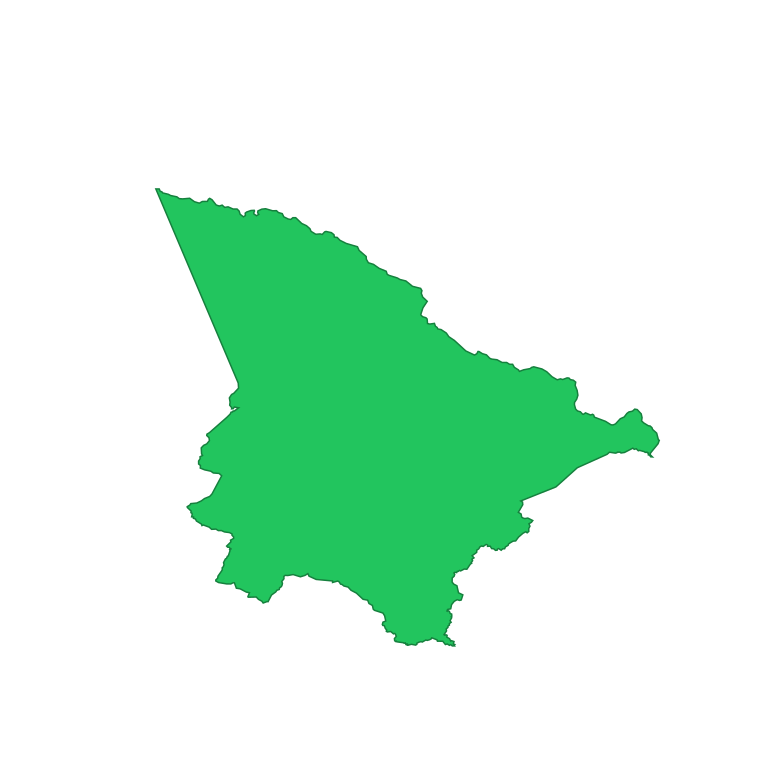 the district of Malema, Nampula, Mozambique, rotated 67°
{"feature_id": "85939544B80247740523844", "entity_name": "Malema", "entity_type": "district", "adm_level": 2, "iso_a3": "MOZ", "parent_name": "Mozambique", "parent_adm1": "Nampula", "projection": "natural_earth1", "projection_center": [37.595, -14.735], "detail": "fine", "context": "isolated", "style": "filled", "palette": "green", "viewbox_px": 768, "rotation_deg": 67, "n_neighbors": 0, "source": "geoboundaries", "source_scale": "gbopen_adm2", "svg_char_len": 6170}
<svg xmlns="http://www.w3.org/2000/svg" viewBox="0 0 768 768"><g transform="rotate(67 384 384)"><path d="M502.1,613.9L506.5,607.0L508.2,603.1L508.0,600.7L508.5,599.4L514.3,599.7L516.3,596.5L521.7,592.1L523.6,589.4L526.6,592.4L527.2,592.3L530.2,584.8L533.2,583.7L536.2,581.3L538.4,580.8L538.6,576.6L539.1,575.8L534.3,570.0L533.1,564.9L532.0,563.2L532.2,560.7L530.8,559.7L530.4,557.6L529.2,556.3L527.7,555.3L525.9,555.3L524.2,552.2L522.0,551.4L521.5,549.8L522.7,547.4L523.9,542.1L528.8,536.3L529.3,531.5L528.8,528.2L531.6,528.1L537.4,522.8L545.2,508.3L546.6,508.9L547.3,503.6L548.6,502.6L551.2,502.2L552.2,500.9L554.2,499.9L556.9,496.4L560.9,495.0L565.7,491.1L574.0,487.4L576.6,483.5L580.2,483.6L583.3,481.2L587.1,481.9L588.6,481.2L594.4,474.5L597.6,474.0L602.9,475.0L602.8,478.0L604.7,479.5L605.8,479.4L606.6,478.1L609.6,478.3L611.6,477.6L612.4,478.5L613.5,477.9L614.5,474.5L617.7,472.9L617.8,471.6L618.7,471.2L621.1,471.3L622.4,473.9L624.5,474.5L625.8,473.7L625.6,473.1L626.4,472.8L629.9,467.0L630.5,466.8L630.7,465.5L632.1,465.6L632.4,464.1L633.2,463.9L633.3,464.7L633.8,464.2L634.3,460.5L636.7,456.9L636.5,455.5L635.5,455.1L635.3,452.8L635.6,450.7L636.5,449.5L636.0,445.5L636.9,444.4L637.2,442.0L637.1,440.2L636.3,439.2L640.2,435.2L641.6,435.3L643.8,430.4L647.8,429.3L648.0,427.4L650.1,425.9L650.0,424.4L651.8,423.5L652.7,421.3L651.6,421.4L651.4,420.7L650.4,421.8L648.4,420.2L646.6,422.2L646.8,423.0L644.0,423.2L641.6,425.1L640.0,424.1L639.1,424.9L639.0,426.2L638.2,426.7L635.7,422.9L633.8,422.5L633.1,420.3L631.9,419.8L631.5,418.0L630.1,417.5L629.6,415.3L627.7,415.7L625.6,413.0L624.5,413.1L624.3,412.3L622.2,411.6L621.2,412.7L618.8,412.7L617.7,413.6L617.6,414.6L616.5,414.1L617.1,414.1L616.4,413.5L617.0,410.4L613.5,408.0L611.5,404.3L611.1,401.0L612.8,398.9L613.0,397.3L608.9,393.8L605.3,397.0L598.2,395.7L595.6,397.9L593.0,398.7L589.2,397.0L588.4,394.6L586.9,393.3L585.3,393.5L585.0,392.3L586.0,390.8L585.1,389.8L585.5,388.9L585.1,387.4L586.0,386.5L585.7,382.4L586.9,380.1L583.6,375.0L583.2,373.3L582.4,373.5L581.3,371.5L579.6,371.5L579.2,369.1L576.5,370.0L575.2,364.5L573.2,363.5L572.8,361.2L571.4,359.4L571.2,357.6L572.3,356.1L571.6,353.0L571.9,352.1L572.7,351.6L573.9,352.1L574.8,349.6L577.6,349.2L578.4,347.5L580.7,346.4L581.2,344.8L580.3,344.1L580.3,342.7L582.8,341.1L582.1,339.2L582.8,337.3L581.4,335.9L581.0,332.8L579.9,331.9L579.4,329.2L579.1,326.6L579.9,324.1L577.5,320.0L575.7,314.4L575.4,311.2L576.9,310.4L576.3,308.3L573.7,307.3L571.9,305.2L569.3,305.2L568.9,302.3L567.8,300.4L563.6,304.0L562.9,306.9L561.9,308.2L560.4,309.3L557.2,308.6L554.6,310.5L549.3,303.4L546.8,302.6L545.1,303.8L545.9,265.9L536.6,238.7L535.9,206.2L534.9,203.1L538.0,198.1L538.3,196.6L537.9,195.9L539.0,193.3L540.1,192.8L541.0,189.4L540.3,180.0L541.9,179.2L542.2,177.1L544.8,176.0L545.0,174.6L548.0,170.8L549.0,170.3L549.5,168.5L550.4,168.4L550.9,167.5L552.5,168.4L553.4,167.3L555.2,167.0L556.0,165.4L553.1,166.6L551.7,165.7L546.1,155.1L543.4,152.6L542.5,153.2L535.8,152.2L530.8,154.5L528.9,154.4L526.7,155.4L525.7,157.0L521.2,160.2L518.6,161.3L515.8,159.6L512.0,158.9L506.5,160.9L505.1,163.0L506.1,165.9L505.4,169.5L506.0,171.9L508.2,175.8L508.3,180.1L511.2,186.5L511.2,189.1L510.3,190.9L504.9,194.7L496.7,203.3L494.6,203.1L493.4,203.8L493.2,206.0L489.3,209.8L489.8,212.3L489.3,213.0L486.3,214.1L484.4,216.4L482.0,217.4L477.5,216.8L475.4,215.8L473.2,212.5L470.1,209.9L465.3,208.7L460.0,208.6L457.2,206.8L454.5,208.2L452.8,210.7L450.8,211.4L449.9,213.1L449.7,217.7L448.2,219.6L447.8,222.9L443.0,226.5L436.3,229.4L431.9,232.7L426.7,239.4L426.4,241.6L426.9,243.5L425.5,249.8L425.3,254.4L423.6,254.7L419.6,257.5L416.1,257.9L414.9,260.7L412.1,262.7L410.3,266.9L405.8,270.5L403.1,275.2L401.5,276.7L397.2,278.3L394.5,281.6L391.2,283.9L390.8,284.8L392.4,286.7L392.7,289.4L385.5,295.8L371.6,302.1L365.7,305.9L361.5,306.7L356.2,310.2L354.4,312.9L352.7,313.0L350.9,314.1L347.9,313.9L346.7,318.5L345.3,320.3L341.0,318.9L339.4,319.5L337.2,322.1L335.4,322.9L334.4,323.0L329.1,318.4L324.8,311.9L319.1,314.4L315.0,314.2L312.9,312.6L310.3,312.9L305.2,319.6L297.7,323.6L294.0,328.5L291.7,330.2L285.8,337.1L284.2,338.2L281.1,337.9L275.6,343.3L269.8,346.9L266.3,351.0L262.3,351.5L259.7,350.6L251.3,354.7L247.3,354.8L239.8,363.9L234.5,368.4L230.8,369.8L229.4,372.3L227.0,371.7L224.1,373.3L220.9,377.8L220.8,379.2L222.2,382.4L220.9,384.1L219.5,388.3L215.0,391.5L212.1,391.5L208.0,393.5L204.1,397.0L196.4,400.3L195.3,402.9L196.1,405.5L194.8,407.6L191.0,410.9L187.4,411.1L184.9,414.2L182.5,415.2L180.9,419.0L176.4,424.5L175.3,428.2L175.4,432.4L177.0,433.4L178.9,433.0L179.3,435.6L176.7,437.3L175.5,437.0L174.2,435.6L173.4,435.6L172.3,438.7L172.0,443.2L172.5,445.0L174.8,445.8L175.2,448.1L171.5,450.1L168.1,449.8L165.5,450.9L164.0,454.5L160.0,458.3L159.2,461.6L156.1,463.1L155.8,466.1L153.7,468.5L147.2,470.3L145.0,471.9L145.3,473.4L146.9,475.2L145.0,479.9L145.4,483.3L142.1,487.3L137.1,490.3L134.9,497.1L133.3,500.1L130.8,501.5L127.1,506.8L125.1,508.4L121.6,513.1L120.2,513.4L119.2,514.7L116.6,514.7L115.3,517.8L326.1,517.8L331.0,519.5L333.9,526.0L334.1,528.4L336.4,531.8L340.6,532.8L343.2,534.3L346.5,533.4L347.3,534.0L347.8,532.4L346.7,530.8L349.1,527.1L350.4,532.4L349.9,533.4L350.5,534.3L350.2,535.8L351.6,537.4L353.3,541.7L360.6,563.8L361.0,566.6L362.2,567.3L365.0,566.1L367.9,566.8L369.9,570.6L370.0,574.0L371.4,577.2L377.0,579.2L378.9,579.0L379.1,581.8L380.9,582.4L382.5,584.8L385.2,585.9L387.3,584.8L389.6,586.0L392.9,582.7L396.6,577.5L399.2,575.9L401.9,570.7L405.1,569.3L418.0,585.3L419.4,588.4L419.3,594.0L420.2,597.7L420.4,602.8L418.6,608.6L419.6,610.1L420.0,613.1L420.9,613.3L425.6,611.2L427.0,612.0L427.9,611.3L429.3,611.6L431.1,613.0L432.1,611.3L433.2,611.9L434.6,610.3L436.8,610.2L441.6,606.8L443.2,606.9L443.2,605.4L447.5,600.8L450.4,599.5L451.9,595.4L454.2,593.8L455.4,590.9L457.8,588.7L460.4,584.3L462.6,582.5L463.8,583.0L466.1,582.2L467.4,582.8L467.8,586.3L469.5,586.6L471.7,592.2L473.1,591.7L474.0,590.1L475.5,590.1L476.0,588.6L476.1,590.8L477.2,590.8L481.4,594.5L481.4,595.5L482.9,597.0L483.1,598.4L485.7,601.5L487.9,601.9L489.6,603.6L489.8,604.6L492.1,605.7L496.0,611.9L497.8,613.0L498.6,615.3L499.6,615.8L502.1,613.9Z" fill="#22c55e" stroke="#15803d" stroke-width="1.5"/></g></svg>